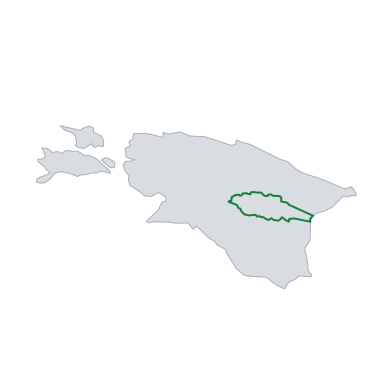 location of Jõgeva within Estonia, rotated 18°
{"feature_id": "EST-1657", "entity_name": "Jõgeva", "entity_type": "County", "adm_level": 1, "iso_a3": "EST", "parent_name": "Estonia", "parent_adm1": "", "projection": "equal_earth", "projection_center": [26.423, 58.721], "detail": "fine", "context": "in_parent", "style": "outline", "palette": "green", "viewbox_px": 384, "rotation_deg": 18, "n_neighbors": 0, "source": "natural_earth", "source_scale": "10m", "svg_char_len": 4303}
<svg xmlns="http://www.w3.org/2000/svg" viewBox="0 0 384 384"><g transform="rotate(18 192 192)"><path d="M310.3,255.3L309.0,255.4L302.0,254.6L294.2,252.2L290.8,250.3L287.5,250.3L283.5,251.6L269.0,255.1L265.5,254.3L257.2,250.8L253.0,247.0L243.8,239.6L243.0,237.8L241.8,236.3L231.9,234.5L228.2,231.7L225.2,231.4L220.7,230.0L209.2,224.1L206.3,223.6L205.6,224.6L205.8,225.9L205.1,226.7L203.6,226.7L200.9,224.6L197.7,222.7L187.7,226.2L184.0,227.2L180.8,227.4L164.9,232.1L160.0,234.6L158.0,234.4L158.5,232.0L165.3,220.1L166.6,210.7L169.1,209.4L169.8,208.1L168.8,205.1L162.0,203.2L159.2,203.4L156.7,206.7L154.1,209.0L148.0,210.4L142.8,208.0L130.7,204.7L127.8,200.3L127.1,196.0L120.8,191.8L118.2,186.8L119.4,183.3L125.3,181.1L127.0,179.1L119.6,179.4L118.1,178.9L117.9,177.2L114.8,171.1L117.7,168.7L119.0,166.4L116.7,164.5L117.4,162.2L119.3,160.0L118.3,154.8L125.6,152.0L132.7,150.0L147.6,149.1L146.2,144.3L152.2,144.1L162.5,138.4L172.5,139.4L187.1,135.5L215.1,135.5L218.9,133.2L218.3,131.0L218.4,128.6L223.6,129.2L232.4,128.8L265.4,133.6L273.5,133.6L284.7,138.4L290.8,139.7L308.7,139.7L336.2,141.8L341.6,138.5L342.1,137.7L344.8,139.5L348.1,142.5L349.0,144.2L347.9,145.2L344.6,146.0L343.9,146.9L342.4,148.5L338.6,148.7L336.6,149.9L334.2,154.9L329.8,163.3L323.1,169.7L317.7,173.2L315.3,175.9L313.8,179.1L313.5,182.3L318.9,200.2L318.8,203.4L317.6,206.8L316.8,210.2L317.5,213.1L321.0,218.1L324.8,225.7L326.3,230.5L328.7,232.3L331.1,233.6L331.6,234.4L331.5,235.2L330.3,236.2L319.8,238.7L318.4,240.9L317.3,243.2L312.7,246.8L311.3,250.1L310.4,253.9L310.3,255.3ZM73.7,189.0L77.2,190.5L80.5,190.0L83.8,189.0L91.0,190.0L107.2,197.3L108.7,199.3L98.8,200.2L96.6,202.4L94.1,204.0L91.4,204.5L86.5,207.7L80.0,210.7L78.6,212.5L67.0,212.2L60.7,213.4L55.4,216.8L53.1,223.4L49.2,228.5L45.3,230.4L41.3,230.7L40.4,228.7L40.9,226.8L49.5,219.5L51.3,217.2L47.2,216.1L43.8,213.6L36.3,210.6L35.0,208.3L36.8,208.1L38.5,207.4L40.6,205.4L41.6,203.1L35.8,196.5L38.9,195.5L42.8,195.7L46.7,197.6L51.1,195.4L53.0,195.0L56.0,195.8L59.2,191.5L66.5,190.0L70.2,188.7L73.7,189.0ZM89.3,176.7L85.2,179.7L82.8,178.5L81.5,177.1L76.1,183.8L70.1,184.9L66.7,183.6L67.1,181.1L63.9,174.5L58.8,172.6L51.6,172.4L46.4,169.7L66.7,167.9L68.9,164.8L73.1,161.6L76.2,161.2L78.8,162.0L79.2,164.5L79.8,165.5L88.9,166.9L92.4,171.2L93.6,176.3L89.3,176.7ZM109.8,193.3L105.6,193.9L95.9,189.6L98.3,186.7L101.1,185.6L109.4,187.4L110.5,191.8L109.8,193.3Z" fill="#d9dde1" stroke="#a8b0b8" stroke-width="1"/><path d="M314.4,177.2L312.7,181.0L313.6,183.7L299.6,185.3L296.8,185.7L296.2,186.0L295.6,186.3L294.8,186.8L294.1,187.1L293.7,187.3L293.2,187.3L292.9,187.5L292.8,187.9L293.2,189.6L293.0,190.2L291.8,190.1L291.1,189.9L289.2,189.7L286.9,188.5L285.4,188.3L284.4,190.8L282.9,192.6L278.4,193.3L276.6,192.8L276.0,192.5L275.5,192.6L275.0,192.9L274.2,194.3L273.6,194.8L273.4,194.9L273.2,195.0L271.4,194.9L269.5,194.5L267.8,193.9L266.0,194.3L265.4,194.6L265.1,194.6L264.2,194.1L263.0,194.3L261.9,195.1L261.3,195.2L260.9,195.0L260.6,194.6L260.2,194.3L259.5,194.2L258.5,194.4L254.1,196.4L253.3,196.7L252.2,196.9L250.7,196.8L248.9,197.2L245.6,195.5L244.0,194.3L243.8,193.8L243.5,193.3L243.0,192.9L241.5,192.9L240.8,192.7L240.3,192.3L239.9,191.9L239.7,191.6L239.5,191.1L238.9,190.8L238.2,190.5L233.8,190.1L233.0,190.2L231.9,190.1L230.4,190.1L230.0,189.9L229.9,189.5L230.3,189.0L230.8,188.8L231.7,188.5L232.0,188.2L232.1,187.7L231.8,186.9L231.7,185.4L231.3,184.9L231.6,184.0L233.1,183.0L233.4,182.5L233.9,181.8L234.2,181.5L234.9,181.2L235.3,181.1L236.8,180.3L237.8,180.1L238.8,180.6L240.2,179.9L240.4,179.5L240.5,178.9L240.5,178.4L240.7,177.7L241.3,177.3L242.5,177.1L242.9,176.8L243.5,176.6L244.0,176.4L245.0,176.4L248.1,176.2L248.3,175.7L248.0,174.9L248.1,174.6L248.2,174.3L248.5,174.0L248.8,173.8L250.1,173.1L254.2,172.4L257.1,171.4L258.1,171.2L258.9,171.4L260.2,172.6L262.9,173.2L264.9,172.6L265.1,172.3L265.2,172.1L265.2,171.1L267.6,170.0L268.7,170.1L269.2,170.4L270.2,170.5L271.0,170.4L273.0,169.7L275.6,169.0L276.1,169.0L277.4,169.0L278.7,169.9L278.7,170.1L278.8,170.3L278.8,170.6L279.1,170.9L279.3,172.2L279.6,173.1L279.8,173.4L280.2,173.5L280.6,173.4L281.0,173.3L282.1,173.3L283.4,172.9L284.1,172.8L284.6,172.8L285.8,172.9L287.1,173.4L287.7,174.0L288.1,174.2L288.5,174.3L289.9,174.4L290.2,174.4L314.4,177.2L314.4,177.2Z" fill="none" stroke="#15803d" stroke-width="2"/></g></svg>